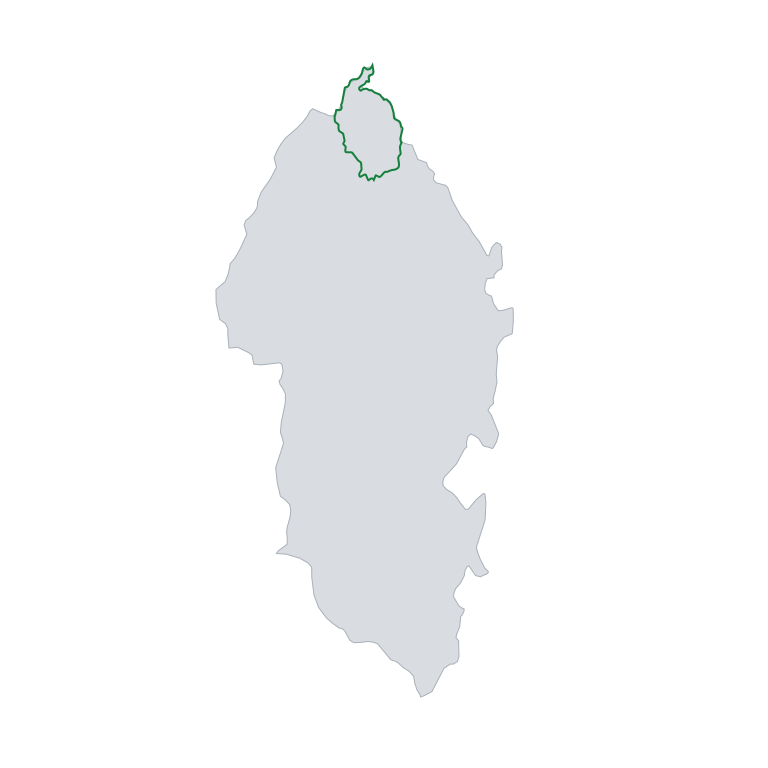 Karlovarský on a map of Czechia (Natural Earth projection), rotated 77°
{"feature_id": "CZE-1590", "entity_name": "Karlovarský", "entity_type": "Region", "adm_level": 1, "iso_a3": "CZE", "parent_name": "Czechia", "parent_adm1": "", "projection": "natural_earth1", "projection_center": [12.693, 50.171], "detail": "fine", "context": "in_parent", "style": "outline", "palette": "green", "viewbox_px": 768, "rotation_deg": 77, "n_neighbors": 0, "source": "natural_earth", "source_scale": "10m", "svg_char_len": 5393}
<svg xmlns="http://www.w3.org/2000/svg" viewBox="0 0 768 768"><g transform="rotate(77 384 384)"><path d="M697.2,418.7L694.9,418.8L689.6,420.6L682.8,421.3L675.4,420.9L669.7,424.1L664.4,429.3L658.9,432.9L656.0,436.1L654.4,439.3L635.7,448.7L633.1,452.6L631.2,457.9L630.5,465.1L629.3,471.5L626.1,474.9L615.9,477.8L613.4,479.4L611.6,482.7L605.9,487.7L599.3,492.5L587.0,498.0L573.8,499.7L556.4,497.9L546.3,495.7L541.4,498.1L534.8,505.3L527.8,517.6L525.0,526.9L522.6,524.3L518.3,514.4L513.6,513.2L507.1,512.3L502.3,510.8L491.8,505.1L486.4,503.4L480.3,503.0L474.5,506.3L470.1,510.2L456.3,510.2L441.2,508.4L419.4,495.3L413.8,495.2L407.8,495.8L398.3,492.7L379.9,484.3L371.3,482.3L365.9,483.5L361.0,485.4L357.5,485.6L355.4,482.9L348.6,479.5L341.8,479.1L339.8,481.1L337.7,499.7L335.4,506.4L326.1,506.1L322.7,509.2L315.4,518.2L314.1,526.9L301.3,525.2L295.2,523.7L289.8,524.8L283.9,529.6L267.3,529.3L254.2,526.5L248.5,515.8L242.5,511.5L234.9,507.8L232.2,506.9L228.0,501.1L220.1,493.9L207.3,484.0L197.3,484.5L193.6,481.9L192.0,478.3L187.8,472.0L183.1,467.7L177.5,466.0L169.3,460.4L158.5,448.4L148.5,440.0L138.9,440.2L132.8,435.8L126.6,430.1L122.1,424.5L115.0,411.1L109.9,403.4L105.9,398.6L101.4,394.7L99.7,391.6L105.3,384.4L107.3,380.9L109.7,378.1L111.0,375.3L111.0,373.1L106.0,366.0L99.2,360.9L89.2,355.8L82.9,349.3L80.6,343.3L79.9,340.0L75.5,335.6L72.0,329.1L72.1,325.1L72.9,324.0L76.2,324.1L79.9,326.7L85.1,331.8L89.3,339.3L92.0,336.5L96.9,328.5L105.6,319.5L114.5,314.3L122.4,313.9L129.0,312.5L134.4,309.9L143.9,310.9L150.8,312.8L153.0,311.6L155.8,306.9L157.6,302.9L172.8,300.5L178.0,292.7L180.9,292.7L184.3,291.6L187.5,288.6L190.6,287.4L193.0,288.9L196.2,289.8L199.6,288.0L204.5,279.0L207.3,277.6L220.6,276.2L238.7,271.0L247.9,266.3L256.9,263.7L266.6,259.2L281.9,254.8L282.7,253.0L275.5,248.4L273.1,245.6L271.4,242.6L273.9,239.4L277.3,238.4L281.6,239.8L294.5,241.7L298.1,243.6L299.4,248.2L302.7,252.4L305.3,252.9L304.5,259.9L308.6,262.6L314.6,264.7L318.6,264.2L321.4,261.4L322.5,259.5L330.4,259.2L338.4,256.2L339.0,251.4L338.4,242.5L339.2,241.2L351.4,243.7L363.7,247.7L365.5,256.6L368.8,261.0L372.7,265.0L376.4,266.8L382.8,267.1L399.5,272.4L407.4,273.5L415.7,277.2L422.6,280.9L427.6,281.7L430.0,285.8L433.2,288.6L438.6,286.4L458.4,283.4L465.6,287.4L470.6,291.7L471.2,293.1L468.8,296.8L467.6,299.8L465.6,301.7L458.8,303.8L455.0,307.1L452.2,310.7L454.2,314.2L459.8,316.9L463.8,317.4L465.3,320.0L478.2,331.4L488.5,346.4L492.5,348.7L496.2,349.3L500.4,347.1L505.3,342.2L511.0,338.7L515.9,336.9L524.6,332.8L524.9,330.1L517.4,320.0L513.0,311.8L514.0,310.4L523.3,311.6L539.2,316.1L563.8,330.7L568.2,330.7L576.7,329.6L585.9,327.2L590.2,324.5L591.9,325.5L593.5,333.5L591.2,337.9L580.2,342.2L580.9,344.3L583.8,347.0L588.8,348.9L595.0,354.1L599.3,360.0L603.0,362.7L607.1,364.1L617.1,360.9L619.9,358.4L621.1,356.6L623.1,357.0L626.7,359.9L627.8,361.6L637.7,364.9L643.4,369.0L647.1,370.9L651.0,369.1L666.6,372.3L671.0,375.0L672.5,379.6L671.8,382.3L674.4,389.4L694.5,406.5L696.8,415.2L697.2,418.7Z" fill="#d9dde1" stroke="#a8b0b8" stroke-width="1"/><path d="M151.7,313.1L152.4,312.5L155.5,314.6L157.1,315.3L163.1,315.9L163.7,316.2L164.2,316.7L164.8,317.7L165.5,318.5L166.6,319.2L168.9,319.6L171.7,319.7L174.3,320.2L175.8,320.9L176.4,321.4L176.8,322.2L177.3,323.7L177.5,324.8L177.5,325.8L177.3,328.3L177.4,329.1L177.5,330.5L177.8,332.0L178.0,333.2L177.9,333.9L177.7,334.4L177.5,335.0L177.8,335.9L178.5,337.1L180.4,339.6L181.1,340.9L181.3,341.9L181.0,342.4L180.6,342.9L179.3,344.3L179.1,344.6L178.9,345.1L179.2,345.4L179.9,346.0L181.8,347.2L182.9,348.0L182.0,348.3L181.4,348.8L181.0,349.4L180.9,350.1L181.0,350.9L181.3,351.6L181.9,352.8L182.0,353.3L181.6,353.6L176.2,354.6L175.8,354.9L175.7,355.4L175.6,355.9L175.7,356.6L176.8,360.1L176.7,360.6L176.3,360.9L175.8,361.1L174.6,361.1L173.4,360.7L170.0,357.6L163.7,356.6L163.2,356.7L162.3,357.2L160.3,359.0L151.7,362.8L151.2,363.2L150.9,363.8L149.6,368.8L149.2,369.2L148.6,369.3L147.1,369.0L144.7,368.0L144.4,368.0L143.6,368.2L141.3,369.6L141.0,369.6L140.6,369.6L140.3,369.4L138.3,367.7L131.1,367.5L130.5,367.8L127.7,370.5L127.2,370.8L125.9,370.9L124.3,370.8L121.6,370.0L121.1,370.0L120.6,370.2L118.1,372.2L117.4,372.6L116.5,372.7L112.1,372.0L111.5,371.2L110.2,370.7L106.4,368.9L106.5,367.6L107.2,366.0L106.9,364.3L105.4,363.1L102.0,362.8L100.6,361.6L86.5,355.5L86.2,354.7L86.2,353.6L86.0,352.4L85.2,351.3L83.8,350.3L82.4,349.6L81.1,348.6L80.3,346.8L80.2,345.1L80.9,342.4L80.6,340.6L79.9,339.2L78.9,337.9L76.6,335.8L72.0,333.5L71.1,332.1L72.3,330.7L73.2,330.2L73.8,329.6L74.0,328.1L73.7,326.4L72.9,325.4L70.8,323.6L73.1,323.7L77.6,324.0L79.3,325.0L79.9,326.1L79.8,328.1L80.2,329.0L81.2,329.8L82.6,330.1L85.2,330.2L85.9,330.5L86.2,330.9L86.1,331.4L85.7,332.1L85.3,332.2L85.2,332.3L85.0,332.5L84.9,332.8L85.0,333.0L85.2,333.3L86.8,334.6L87.2,335.1L87.6,335.9L87.8,336.6L87.9,337.2L89.0,340.4L89.9,341.6L91.5,341.8L92.8,341.0L92.8,340.0L92.2,338.7L92.0,337.2L92.2,335.1L92.7,334.0L94.6,332.1L94.8,330.2L95.6,329.3L96.6,328.7L97.7,327.8L100.5,323.6L101.5,322.7L104.2,321.5L105.3,320.7L105.7,320.5L106.5,320.6L106.9,320.4L107.1,320.0L107.0,319.5L106.9,319.1L106.9,318.9L107.1,318.3L107.3,317.7L107.6,317.1L108.3,316.7L110.9,314.9L114.6,314.0L121.5,313.6L126.4,314.3L127.6,314.2L128.7,313.4L130.7,310.8L131.9,309.8L133.4,309.4L134.9,309.3L136.5,309.5L137.1,309.3L138.4,308.6L139.2,308.5L140.0,308.7L148.5,312.9L151.7,313.1Z" fill="none" stroke="#15803d" stroke-width="2"/></g></svg>